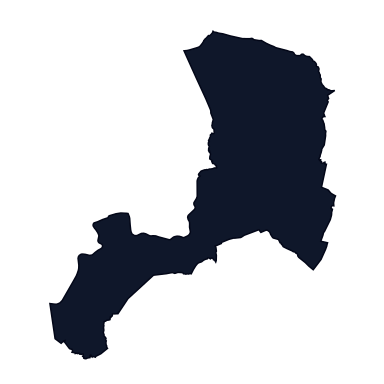 the district of Tingüindín, Michoacán, Mexico, rotated 266°
{"feature_id": "50627088B1844549106246", "entity_name": "Tingüindín", "entity_type": "district", "adm_level": 2, "iso_a3": "MEX", "parent_name": "Mexico", "parent_adm1": "Michoacán", "projection": "orthographic", "projection_center": [-102.513, 19.806], "detail": "fine", "context": "isolated", "style": "filled", "palette": "ink", "viewbox_px": 384, "rotation_deg": 266, "n_neighbors": 0, "source": "geoboundaries", "source_scale": "gbopen_adm2", "svg_char_len": 5965}
<svg xmlns="http://www.w3.org/2000/svg" viewBox="0 0 384 384"><g transform="rotate(266 192 192)"><path d="M333.4,193.9L305.5,204.2L283.8,212.4L272.7,216.2L271.5,216.4L269.4,216.3L262.9,218.3L259.5,217.1L258.3,217.0L257.1,216.5L255.3,216.7L254.5,217.0L253.1,218.3L249.6,218.3L248.8,218.0L248.6,217.1L249.3,216.0L248.3,215.3L247.6,214.3L245.9,214.2L244.5,213.3L243.1,212.8L242.7,212.3L242.2,212.1L241.8,212.1L241.2,212.7L240.1,211.8L238.7,211.6L237.4,211.8L236.1,212.5L234.7,211.8L233.5,211.5L232.9,211.7L232.2,211.4L231.7,211.5L231.4,212.4L230.8,212.1L230.5,212.1L230.4,212.5L228.5,213.2L226.0,212.3L223.8,212.0L222.1,214.1L221.1,213.9L221.0,214.5L219.9,214.2L219.0,214.7L219.0,215.2L218.2,216.7L217.4,217.0L216.6,218.2L215.4,217.9L215.0,218.3L214.2,218.3L214.0,217.5L214.4,216.4L214.4,215.9L213.8,214.2L213.6,212.3L213.7,211.2L213.1,208.9L213.4,208.3L213.2,207.4L213.2,206.0L212.2,202.5L209.7,200.1L208.8,199.7L208.5,199.8L207.7,200.3L207.3,201.1L205.8,199.3L204.2,198.4L202.7,197.9L187.3,196.9L185.2,196.0L181.4,193.3L180.8,193.1L179.2,193.1L176.9,194.2L175.4,193.9L174.4,193.2L169.1,186.8L168.2,186.2L167.0,185.9L164.7,186.3L163.4,187.0L162.1,187.4L160.3,187.4L157.1,187.1L152.5,187.6L151.8,187.5L150.2,186.7L149.4,185.9L148.6,184.8L147.4,181.7L147.1,180.5L147.2,179.7L147.8,178.7L148.7,176.2L149.0,174.0L148.7,171.8L148.3,170.4L146.0,167.0L146.0,165.9L149.6,155.4L150.7,152.9L151.1,150.1L151.0,148.0L151.3,146.7L153.5,143.0L154.2,140.9L154.2,138.6L152.4,134.1L152.5,131.7L154.2,129.3L156.3,128.5L158.3,128.2L163.8,128.0L170.1,128.0L171.9,127.7L175.0,126.7L175.3,125.4L176.0,119.5L175.6,114.7L174.1,107.9L173.6,107.1L172.2,106.5L170.8,101.0L168.9,95.8L168.0,92.2L167.5,91.6L166.0,91.0L164.9,91.1L162.6,92.3L161.3,93.3L158.1,95.1L155.6,96.0L154.4,96.0L150.3,94.8L149.1,94.9L148.1,95.5L147.7,95.9L146.3,98.3L145.6,98.8L144.5,99.0L143.5,98.8L142.7,98.4L141.8,97.2L140.5,94.3L138.5,91.2L136.5,88.6L136.1,87.8L135.9,85.4L137.2,81.4L137.7,78.7L137.7,77.1L136.6,75.1L135.4,74.2L133.8,73.7L126.8,74.0L123.9,73.7L121.9,73.2L118.5,71.8L116.3,70.7L111.4,67.5L92.8,55.0L90.5,52.4L89.7,50.0L89.5,49.0L89.7,47.1L90.6,42.5L55.2,45.2L50.2,50.9L51.3,52.2L51.6,53.0L52.0,53.4L52.5,53.4L52.7,55.0L51.2,54.4L44.7,58.6L44.0,59.3L43.4,61.3L41.9,61.9L40.5,61.1L39.8,63.8L39.6,64.2L39.0,64.2L39.2,66.2L38.8,66.5L39.1,68.0L38.1,68.5L38.0,69.7L37.7,70.2L38.0,71.2L37.8,72.2L36.7,72.1L35.6,71.5L35.3,72.4L33.8,72.4L33.2,73.5L33.1,74.7L33.7,76.2L33.9,78.7L36.1,78.9L36.5,79.5L36.1,80.1L34.9,80.2L34.4,80.8L34.8,80.9L34.9,81.4L34.1,83.8L34.4,83.7L37.0,89.8L41.9,96.8L42.6,96.4L42.9,96.0L44.4,96.2L45.3,95.7L47.4,95.6L48.7,95.8L49.5,96.1L50.0,95.7L51.5,95.6L52.0,96.0L53.0,95.5L54.6,94.2L55.9,94.3L57.9,93.7L60.1,94.4L61.5,94.4L61.9,94.2L62.4,94.4L63.3,94.3L64.7,94.8L65.6,94.6L67.0,94.8L67.6,95.1L68.8,95.2L69.0,95.6L69.2,96.8L70.0,98.1L70.1,100.3L70.4,101.3L71.7,101.4L72.6,102.3L72.9,101.9L73.2,101.9L73.4,102.3L73.4,102.9L73.9,103.8L75.8,104.2L76.0,106.2L75.7,106.6L75.9,107.4L75.7,109.0L76.4,109.7L76.1,109.9L90.1,120.7L111.7,147.8L112.3,160.7L112.9,165.6L112.9,167.2L112.1,168.8L112.1,169.6L112.8,172.3L112.3,176.4L111.9,177.4L111.0,177.8L110.9,178.9L110.5,180.0L110.7,181.9L110.4,182.8L110.8,184.4L110.4,185.5L114.6,188.0L118.2,190.6L120.1,192.4L120.9,193.6L121.7,196.7L123.1,198.7L123.9,200.6L124.3,202.7L125.3,203.3L125.0,204.4L124.0,205.7L124.7,206.6L124.5,208.1L124.2,208.4L122.9,208.7L122.6,209.5L122.3,209.9L120.5,210.8L122.0,211.4L127.2,211.9L129.8,211.5L131.3,212.2L134.9,212.0L136.4,211.3L138.6,217.7L139.6,217.7L142.2,225.6L143.1,230.2L143.0,231.4L143.2,237.3L143.6,238.3L145.2,241.1L149.7,256.1L146.9,257.9L148.5,262.4L148.8,263.7L148.3,264.9L147.0,266.4L146.2,266.9L144.0,267.6L140.9,269.3L140.4,270.0L138.6,275.0L135.3,276.3L135.0,276.5L134.9,277.2L134.5,277.6L133.8,277.5L132.8,278.3L132.4,278.8L131.6,278.9L131.1,279.2L129.0,282.7L126.3,287.7L125.5,288.7L125.3,289.2L125.5,289.5L125.2,289.7L125.1,290.3L124.3,291.0L123.8,291.3L123.8,291.8L122.1,293.2L121.0,293.0L119.4,293.9L113.7,300.1L109.8,303.5L106.0,307.5L115.7,316.0L125.4,321.2L129.0,322.8L129.5,322.8L131.9,323.7L133.9,317.0L139.5,319.5L142.3,320.4L143.4,321.4L154.7,328.0L159.0,329.5L160.6,329.8L160.9,329.8L161.0,329.6L165.0,330.9L166.1,329.4L168.7,330.5L168.3,332.5L171.3,332.5L175.6,333.7L178.1,334.9L179.9,332.1L181.2,330.4L184.5,328.0L187.7,321.5L210.2,328.0L210.2,327.7L210.6,327.4L210.6,326.8L210.8,326.2L211.2,326.1L211.7,326.7L212.5,326.7L212.3,325.8L211.7,325.2L211.6,324.1L212.1,323.4L212.1,323.0L212.6,323.0L213.1,323.3L213.8,322.5L215.2,322.6L215.2,322.0L214.7,321.5L215.9,320.8L218.7,322.3L219.9,322.5L222.2,323.5L224.7,324.3L225.9,324.5L229.7,327.2L238.7,329.2L241.0,329.3L243.3,329.8L244.1,329.4L244.5,328.8L247.1,328.8L251.0,328.5L251.6,328.1L252.4,328.1L252.8,327.7L253.5,327.8L254.0,327.5L254.5,327.5L255.4,326.5L255.9,326.4L258.3,328.4L258.0,328.8L258.0,329.8L258.8,329.4L259.2,329.5L260.9,328.9L262.0,329.0L272.4,334.1L273.5,333.5L274.6,333.6L275.6,334.8L279.0,334.0L283.3,341.5L283.2,338.5L283.4,337.4L284.5,335.6L284.4,334.7L284.7,334.3L285.2,334.0L285.8,333.2L286.5,331.8L288.8,330.4L290.3,329.1L291.2,329.0L292.0,328.5L293.3,328.3L295.8,328.7L297.3,327.9L299.7,328.1L301.2,327.4L302.3,327.2L303.5,326.6L305.5,327.2L306.3,327.2L307.8,326.7L308.2,326.2L308.6,325.0L309.2,324.8L310.8,325.0L312.2,324.3L313.1,323.6L313.8,322.9L314.3,321.6L315.1,321.6L316.0,321.1L318.9,318.6L319.1,316.8L319.5,315.3L320.2,314.0L321.6,312.7L321.8,312.1L321.7,310.8L320.5,309.5L320.8,305.7L321.9,304.0L323.7,303.2L324.7,302.1L325.3,299.4L326.5,296.5L330.1,285.7L331.4,283.7L333.1,280.1L335.3,276.2L338.3,271.8L338.4,269.5L339.6,264.4L340.4,263.6L341.1,262.5L340.9,260.1L341.5,253.0L345.0,241.2L347.7,233.7L348.6,229.7L349.6,227.2L350.0,225.1L350.9,224.2L349.2,223.4L347.3,221.4L346.5,220.0L346.9,219.3L344.3,216.7L344.0,216.0L343.1,215.3L342.3,214.4L341.5,214.1L339.7,212.8L337.5,210.8L336.4,209.6L335.7,207.5L333.9,199.5L333.5,197.0L333.4,193.9Z" fill="#0f172a" stroke="#020617" stroke-width="1.5"/></g></svg>